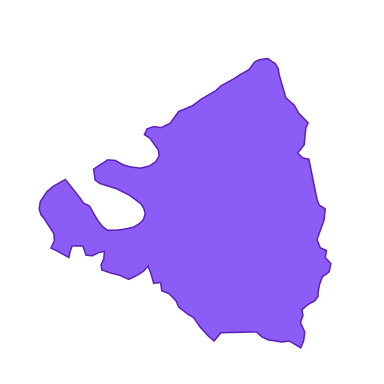 Lidianópolis, Paraná, Brazil, rotated 279°
{"feature_id": "56859067B67483695110473", "entity_name": "Lidianópolis", "entity_type": "district", "adm_level": 2, "iso_a3": "BRA", "parent_name": "Brazil", "parent_adm1": "Paraná", "projection": "orthographic", "projection_center": [-51.644, -24.072], "detail": "fine", "context": "isolated", "style": "filled", "palette": "violet", "viewbox_px": 384, "rotation_deg": 279, "n_neighbors": 0, "source": "geoboundaries", "source_scale": "gbopen_adm2", "svg_char_len": 1690}
<svg xmlns="http://www.w3.org/2000/svg" viewBox="0 0 384 384"><g transform="rotate(279 192 192)"><path d="M114.6,61.5L112.2,69.3L108.0,80.6L114.8,81.0L120.0,82.1L121.6,92.7L113.0,97.2L113.4,103.5L117.8,109.6L119.7,114.8L111.8,115.3L106.1,113.6L100.9,115.1L99.3,124.3L98.4,134.0L95.8,143.2L100.7,150.3L106.1,156.4L111.9,160.2L104.0,164.7L95.8,168.4L97.7,175.2L89.7,177.6L88.1,185.1L81.9,193.4L76.4,196.7L73.4,202.0L70.7,206.8L68.3,213.1L60.0,221.0L52.4,230.5L48.3,237.1L57.5,242.5L63.9,277.5L59.8,283.7L57.9,290.3L57.9,304.1L60.0,311.5L55.1,323.8L62.2,325.5L71.3,325.3L80.0,319.6L87.5,320.9L92.9,319.0L99.0,324.1L103.5,330.1L108.4,332.7L114.0,332.2L121.2,332.5L128.5,334.0L134.7,340.0L143.0,340.3L148.1,333.9L155.3,333.9L156.9,327.4L164.5,322.9L185.0,326.8L196.2,326.2L199.0,319.6L204.6,316.5L242.7,302.3L242.9,296.3L247.0,290.2L256.3,295.5L265.3,294.8L273.4,294.5L278.4,295.9L286.6,285.0L293.6,279.6L299.7,270.0L321.1,259.9L327.5,257.8L331.8,254.1L335.7,245.9L333.3,238.1L330.2,233.5L321.7,229.1L316.3,222.2L310.1,215.3L301.6,204.2L295.6,199.4L285.8,187.3L277.1,178.7L269.4,166.2L256.5,159.6L250.8,151.6L250.6,143.8L247.3,137.8L241.2,136.0L238.6,142.0L228.2,152.2L222.4,153.9L216.4,151.6L211.0,145.9L207.4,137.1L207.2,127.1L208.2,119.3L211.2,111.3L210.5,103.7L199.2,91.2L188.6,94.5L185.9,100.1L183.5,116.6L179.1,130.6L172.5,143.2L168.1,147.1L163.1,149.2L157.2,148.3L152.8,145.3L148.1,139.6L144.9,131.5L142.7,124.4L141.0,114.5L143.8,109.2L147.9,104.6L153.7,99.6L162.1,93.0L164.1,86.5L168.1,82.8L176.9,73.3L184.5,64.9L176.0,54.1L169.4,48.5L158.9,43.7L151.4,43.7L145.8,46.4L141.8,51.0L137.5,54.7L129.3,62.1L122.2,63.7L114.6,61.5Z" fill="#8b5cf6" stroke="#5b21b6" stroke-width="1.5"/></g></svg>